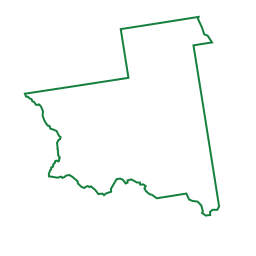 outline of Gunnison, Colorado, United States of America, rotated 171°
{"feature_id": "52423323B98763981234957", "entity_name": "Gunnison", "entity_type": "district", "adm_level": 2, "iso_a3": "USA", "parent_name": "United States of America", "parent_adm1": "Colorado", "projection": "mercator", "projection_center": [-106.65, 38.702], "detail": "fine", "context": "isolated", "style": "outline", "palette": "green", "viewbox_px": 256, "rotation_deg": 171, "n_neighbors": 0, "source": "geoboundaries", "source_scale": "gbopen_adm2", "svg_char_len": 1831}
<svg xmlns="http://www.w3.org/2000/svg" viewBox="0 0 256 256"><g transform="rotate(171 128 128)"><path d="M50.3,134.4L50.4,199.4L31.6,199.4L34.9,206.7L38.1,208.7L39.1,215.2L41.8,224.8L40.9,226.7L119.7,226.8L119.7,177.5L153.0,177.6L224.4,178.0L224.1,176.9L224.1,175.9L223.5,174.8L222.1,174.6L220.4,172.4L219.2,171.9L218.5,170.7L218.3,169.2L216.8,168.6L216.0,167.0L215.5,165.6L214.6,165.3L214.0,164.8L213.0,165.0L212.5,165.3L212.1,165.0L211.6,164.5L210.4,162.3L209.4,157.7L210.4,153.5L209.6,149.2L208.7,146.5L207.1,143.1L205.2,142.3L204.8,139.5L202.0,138.1L199.0,136.2L197.4,131.1L196.0,129.5L196.9,127.6L198.3,127.2L200.4,124.5L200.6,120.8L200.6,119.2L201.0,118.6L200.7,117.5L200.6,116.6L200.9,116.0L201.0,115.2L201.0,114.4L200.9,113.1L201.3,112.4L201.1,111.4L200.7,110.9L200.5,110.4L200.0,109.8L200.3,108.9L201.0,108.3L200.9,107.3L201.3,106.5L201.7,106.1L202.3,105.9L202.5,106.1L203.5,106.9L204.5,106.9L205.0,106.7L205.4,106.1L205.4,105.6L205.9,104.8L206.5,104.5L207.2,104.2L207.6,103.3L207.9,102.6L207.9,102.0L208.3,101.5L208.8,101.3L209.9,101.1L210.2,100.6L210.2,99.6L210.7,98.9L211.7,98.2L211.9,97.5L213.4,95.1L213.6,92.6L210.9,91.8L208.5,91.0L206.4,90.2L204.1,90.0L202.1,90.5L200.9,89.7L200.6,89.0L198.4,89.5L196.9,90.6L193.4,90.8L190.6,88.5L188.4,85.9L186.3,83.6L186.1,81.0L183.4,77.4L180.8,75.6L178.1,76.8L176.8,76.8L175.7,76.3L175.4,75.7L173.7,76.1L170.0,71.9L167.6,67.4L163.5,67.2L162.2,65.4L160.0,66.8L154.6,67.7L154.3,70.7L147.3,79.2L143.8,79.3L141.1,77.6L139.0,73.6L137.0,74.1L136.7,76.3L132.8,76.7L127.5,72.7L124.7,72.2L124.8,70.2L121.5,69.8L119.6,67.8L121.2,66.0L120.2,62.9L117.1,59.3L114.8,58.3L110.6,54.1L80.6,54.1L78.8,47.8L75.6,45.8L70.7,44.4L67.7,39.9L67.1,34.0L68.2,32.6L65.0,29.4L60.4,29.2L60.1,32.3L57.2,34.0L52.6,33.2L50.3,36.3L50.3,130.9L50.3,134.4Z" fill="none" stroke="#15803d" stroke-width="2"/></g></svg>